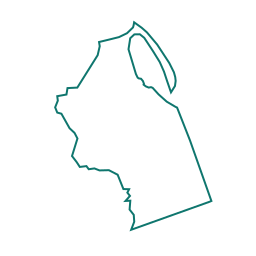 Gulf, Florida, United States of America, rotated 160°
{"feature_id": "52423323B60614723714205", "entity_name": "Gulf", "entity_type": "district", "adm_level": 2, "iso_a3": "USA", "parent_name": "United States of America", "parent_adm1": "Florida", "projection": "mercator", "projection_center": [-85.238, 29.931], "detail": "fine", "context": "isolated", "style": "outline", "palette": "teal", "viewbox_px": 256, "rotation_deg": 160, "n_neighbors": 0, "source": "geoboundaries", "source_scale": "gbopen_adm2", "svg_char_len": 1026}
<svg xmlns="http://www.w3.org/2000/svg" viewBox="0 0 256 256"><g transform="rotate(160 128 128)"><path d="M187.9,113.5L186.6,107.9L180.1,106.4L179.0,102.7L173.4,101.5L169.3,97.9L160.4,94.9L153.7,87.6L153.2,72.2L147.9,70.1L150.7,67.5L149.4,63.5L155.3,60.3L150.7,58.9L154.4,50.8L152.3,44.4L154.2,37.8L159.8,31.3L76.6,30.8L74.6,30.9L74.0,95.0L74.9,130.4L76.1,131.6L82.6,139.5L87.8,149.2L91.1,157.3L92.4,158.5L94.7,158.9L97.0,161.0L98.5,163.4L97.9,164.0L97.9,167.0L98.9,169.8L101.0,171.0L101.7,172.1L102.1,176.0L100.6,201.8L95.2,211.6L90.0,213.8L84.8,212.0L81.9,207.2L78.2,191.6L75.6,179.1L74.9,168.7L75.2,158.7L75.4,146.8L69.5,151.4L67.1,156.0L66.2,159.7L65.8,164.6L67.0,175.0L72.0,196.3L77.5,211.4L80.9,217.6L86.1,225.2L87.6,222.6L88.9,220.8L96.5,217.4L105.4,216.5L115.0,217.5L125.8,218.7L126.6,214.5L131.6,206.8L161.8,183.3L171.2,186.2L174.4,180.5L183.6,182.1L184.6,177.7L189.4,172.3L189.2,166.7L185.7,164.2L183.0,147.8L179.9,141.6L179.1,135.4L190.2,120.8L187.9,113.5Z" fill="none" stroke="#0f766e" stroke-width="2"/></g></svg>